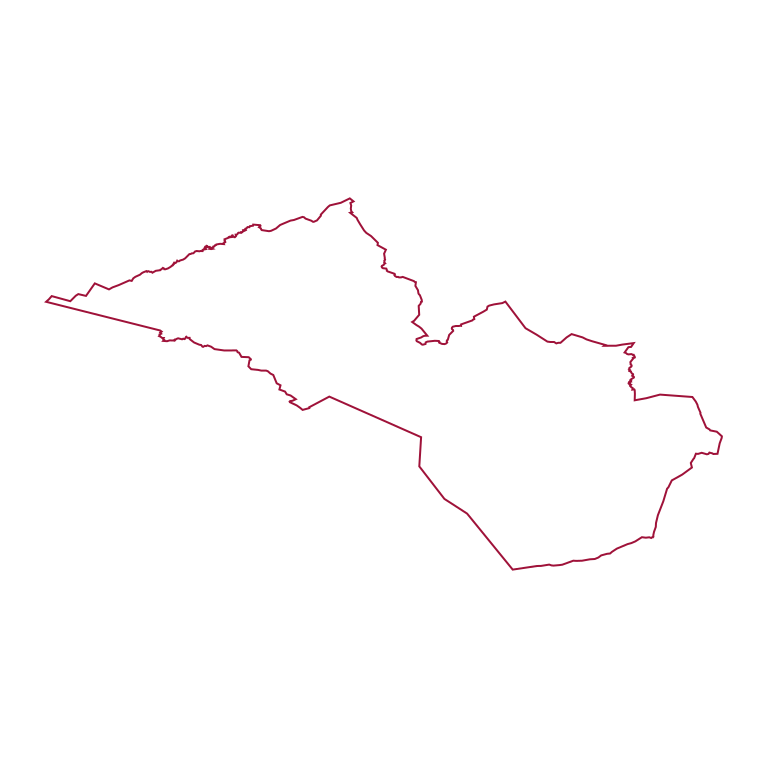 outline of Eglaines pag., Ilukstes, Latvia
{"feature_id": "27541924B72731391973761", "entity_name": "Eglaines pag.", "entity_type": "district", "adm_level": 2, "iso_a3": "LVA", "parent_name": "Latvia", "parent_adm1": "Ilukstes", "projection": "equal_earth", "projection_center": [26.014, 55.971], "detail": "fine", "context": "isolated", "style": "outline", "palette": "rose", "viewbox_px": 768, "rotation_deg": 0, "n_neighbors": 0, "source": "geoboundaries", "source_scale": "gbopen_adm2", "svg_char_len": 6095}
<svg xmlns="http://www.w3.org/2000/svg" viewBox="0 0 768 768"><path d="M571.6,334.1L566.6,337.4L560.5,342.8L558.3,342.8L556.3,343.4L554.1,342.0L550.4,342.0L547.4,341.6L536.8,334.8L525.5,328.2L505.4,301.6L502.3,303.1L494.0,304.4L489.2,305.6L487.5,306.6L486.8,309.6L483.3,311.7L473.9,316.7L474.3,319.1L472.9,319.7L472.4,320.4L461.1,324.4L461.1,325.8L460.6,325.7L458.7,326.0L455.8,326.0L452.8,326.7L452.0,327.6L451.8,328.4L452.0,329.1L453.0,330.0L453.2,330.9L449.2,334.9L447.8,339.8L447.1,340.2L446.7,341.1L447.2,342.5L446.1,343.5L444.6,344.1L442.0,343.9L439.2,342.7L439.0,342.2L439.4,341.7L438.9,341.0L434.8,340.8L427.4,341.6L425.7,342.4L425.5,344.0L422.8,344.7L421.9,344.5L420.0,342.8L416.8,341.2L416.4,340.5L416.6,339.0L421.3,337.4L422.8,336.4L424.5,335.8L427.3,335.7L421.5,328.6L419.0,326.6L416.5,325.1L412.2,322.0L414.1,320.8L419.2,314.8L418.7,305.9L420.6,303.7L421.0,301.9L421.9,301.6L421.7,299.8L419.9,295.2L418.8,294.1L418.4,293.2L418.0,290.3L415.4,285.9L415.9,282.2L414.7,281.9L413.9,281.1L402.7,276.9L401.0,277.4L399.0,277.4L398.1,276.9L396.7,277.0L395.1,276.1L394.4,275.1L394.9,274.3L394.6,273.8L387.6,271.4L386.8,270.7L386.9,270.1L386.3,268.6L383.0,268.2L382.0,267.5L381.6,266.5L381.9,265.9L383.8,264.8L384.3,263.7L385.1,263.4L384.3,262.4L384.5,262.2L384.3,260.7L385.0,259.9L385.1,259.4L384.7,258.8L384.8,257.9L384.1,253.7L385.9,249.7L377.5,245.1L377.9,242.8L371.1,236.1L366.3,232.9L364.1,230.5L360.1,224.2L357.5,219.8L356.7,217.9L350.2,212.8L352.2,212.3L351.3,211.3L350.8,208.7L351.2,205.5L350.4,203.0L353.5,201.4L349.8,198.4L340.8,202.8L329.8,205.4L327.9,207.0L320.8,214.6L320.9,215.7L317.0,220.4L313.8,221.8L313.0,221.8L311.3,220.7L305.5,218.6L304.1,217.3L302.5,216.9L293.9,220.0L290.5,220.6L283.6,223.5L280.1,225.0L276.0,228.5L271.1,230.8L269.0,231.2L261.8,230.1L261.2,229.5L260.9,228.4L259.0,227.2L260.5,225.8L260.2,225.2L253.2,224.6L253.0,225.7L249.8,226.2L249.4,227.2L247.5,227.1L246.5,228.4L245.5,228.6L245.1,229.1L245.8,230.1L244.4,230.8L244.0,230.7L243.8,230.1L243.1,230.2L243.4,231.2L242.7,231.5L242.4,232.1L241.1,232.1L241.1,232.8L238.5,232.7L238.0,233.1L237.3,234.3L236.6,234.7L235.7,234.7L236.0,236.1L234.9,237.2L234.2,237.2L232.9,236.0L232.6,235.3L232.2,235.3L231.7,236.0L231.9,236.1L232.0,237.0L230.2,237.2L230.0,236.7L229.6,236.7L228.9,237.0L229.1,237.5L224.5,239.3L224.7,240.1L224.5,240.7L225.0,240.9L225.3,242.1L223.4,243.3L223.8,244.1L220.1,243.8L216.3,244.5L216.1,245.0L215.0,245.3L214.7,246.0L213.4,246.5L213.5,247.0L211.6,247.9L211.6,248.2L212.7,248.8L211.1,249.1L209.3,248.8L210.2,247.4L209.8,246.9L207.5,247.0L207.2,246.0L206.5,245.8L206.2,246.3L205.2,246.7L204.9,247.3L206.5,247.6L205.5,248.2L204.9,247.9L204.5,248.4L205.5,249.2L203.0,249.7L202.6,250.0L202.8,250.6L202.6,251.1L200.5,251.0L199.5,251.3L196.7,251.0L195.0,251.5L194.0,252.7L193.2,253.3L191.6,253.4L190.7,254.0L189.4,254.1L185.1,258.4L183.1,259.6L180.0,260.5L179.2,261.2L177.9,261.3L177.2,260.7L176.6,261.9L175.6,263.0L174.2,262.6L173.9,263.1L174.1,263.3L174.0,264.0L173.0,264.5L173.1,265.0L172.4,265.7L171.8,265.7L170.7,266.8L167.8,268.5L165.2,269.3L164.2,269.2L164.0,268.5L162.9,267.9L161.3,269.4L160.4,269.7L160.2,270.2L155.8,270.8L152.4,272.7L151.5,271.8L150.0,271.9L148.4,271.2L147.6,271.3L147.1,271.8L146.4,271.1L143.3,272.3L141.7,273.2L140.0,274.7L135.4,276.8L133.3,278.3L131.7,280.9L129.4,280.4L118.7,285.1L112.5,287.4L109.0,289.4L94.8,283.4L86.0,295.9L78.3,294.1L75.8,295.7L70.3,301.2L51.7,296.1L48.9,299.3L46.1,301.8L160.2,330.5L161.6,331.6L160.2,332.5L161.2,333.7L159.5,334.5L159.7,335.4L159.1,336.1L160.5,336.7L162.2,338.0L163.7,338.0L163.2,339.1L164.1,339.8L163.2,340.9L167.1,341.2L169.6,340.4L173.4,340.5L174.0,340.1L174.0,340.6L174.6,340.7L176.1,339.1L178.1,338.3L182.1,339.3L183.2,338.7L184.4,339.1L185.0,338.8L186.1,336.8L186.4,336.7L186.8,337.4L187.7,337.9L189.6,337.9L189.7,339.1L194.1,342.5L199.3,344.7L201.1,345.0L202.5,346.7L203.3,346.8L204.6,345.9L206.1,346.1L207.5,345.4L211.1,346.7L214.5,349.1L224.4,350.5L236.4,350.4L237.2,351.1L237.6,352.2L239.1,352.7L241.5,356.9L248.7,357.2L250.9,359.3L250.8,359.7L249.5,360.3L248.4,366.3L251.2,369.2L258.0,369.9L261.3,370.6L266.1,370.6L267.8,371.2L270.5,373.6L273.3,375.0L276.7,383.3L280.5,385.3L279.4,389.5L285.1,391.6L286.7,394.3L290.6,395.5L295.8,399.2L292.4,400.8L290.1,401.1L289.6,401.6L289.9,402.2L296.7,405.4L300.1,407.8L302.6,409.9L309.3,408.1L309.5,407.9L309.3,407.2L329.3,396.6L421.1,437.2L419.3,466.4L444.4,498.9L467.1,513.6L512.7,569.6L537.0,566.0L541.1,565.9L549.2,564.6L551.5,565.4L553.5,565.6L559.3,565.1L562.3,564.7L573.3,560.7L576.3,560.9L582.1,560.7L589.9,559.3L594.8,559.0L598.4,557.5L601.2,555.4L607.1,553.8L610.1,553.5L612.0,551.8L616.9,548.6L627.6,544.1L631.3,543.1L635.3,541.4L641.9,537.2L645.8,537.7L649.3,537.3L651.2,538.0L652.4,537.1L652.9,537.3L653.4,536.7L653.3,535.2L654.0,531.9L655.8,526.9L656.0,523.0L657.9,515.2L663.3,501.3L667.1,488.7L668.4,487.3L671.8,480.4L682.2,474.6L691.9,467.5L690.8,463.0L693.6,458.7L694.1,458.3L695.9,453.7L698.0,453.9L701.7,452.8L706.9,454.3L708.5,453.9L709.4,452.6L712.5,453.4L713.3,454.0L717.5,453.8L719.7,443.3L721.7,437.9L721.9,436.3L716.8,431.7L710.2,430.4L709.5,429.4L706.2,427.5L700.3,413.7L700.5,412.8L697.9,406.8L697.4,404.7L695.8,401.6L692.4,397.0L660.0,394.6L646.3,398.2L634.7,400.3L634.9,393.9L634.7,390.2L634.3,389.4L632.4,389.6L632.8,388.5L632.6,387.9L631.6,387.5L630.1,385.9L631.0,384.8L629.7,384.4L628.6,383.5L628.7,383.1L629.7,383.3L630.0,383.1L629.8,382.7L629.2,382.4L629.2,382.0L631.1,381.6L631.0,381.3L630.5,380.7L630.9,380.5L630.4,380.0L630.5,379.7L633.9,377.5L633.8,376.7L632.2,375.8L633.1,374.6L633.0,374.1L632.2,373.7L631.2,372.5L631.0,371.6L629.2,371.0L629.2,370.6L629.9,370.0L629.0,369.2L629.3,368.9L629.4,367.9L631.3,366.6L631.6,366.0L631.6,365.3L630.6,364.4L630.7,363.4L630.4,362.9L630.4,362.0L633.0,358.8L632.8,358.0L634.6,357.7L634.9,357.2L634.4,356.1L633.6,355.6L633.9,355.2L633.7,354.8L633.0,354.8L631.4,354.1L628.4,354.4L627.1,354.0L625.8,352.9L624.6,352.5L628.4,347.2L631.1,346.9L633.7,343.1L622.2,344.6L616.2,345.7L604.3,345.8L605.4,345.0L592.0,341.2L586.5,339.4L582.6,337.4L571.6,334.1Z" fill="none" stroke="#9f1239" stroke-width="2"/></svg>